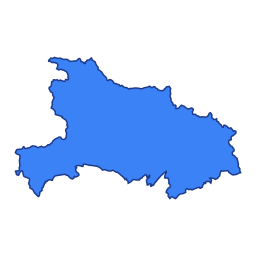 Hubei, Albers equal-area conic projection
{"feature_id": "CHN-1807", "entity_name": "Hubei", "entity_type": "Province", "adm_level": 1, "iso_a3": "CHN", "parent_name": "China", "parent_adm1": "", "projection": "albers", "projection_center": [112.208, 31.166], "detail": "fine", "context": "isolated", "style": "filled", "palette": "blue", "viewbox_px": 256, "rotation_deg": 0, "n_neighbors": 0, "source": "natural_earth", "source_scale": "10m", "svg_char_len": 5764}
<svg xmlns="http://www.w3.org/2000/svg" viewBox="0 0 256 256"><path d="M63.2,139.5L64.8,139.1L65.7,138.1L66.2,136.7L66.6,133.3L65.8,131.0L65.7,129.8L66.2,128.9L67.6,127.6L67.8,127.0L66.8,125.2L67.2,123.3L67.1,122.5L66.0,120.2L62.0,117.5L61.8,117.0L62.1,116.6L61.0,116.1L55.4,114.5L55.2,112.0L54.6,110.7L53.4,109.2L51.3,108.2L51.3,107.4L52.2,105.7L52.2,101.9L54.1,97.5L52.9,95.6L52.5,92.9L50.4,91.6L50.0,90.4L49.2,89.0L49.0,88.0L49.4,87.3L51.2,86.1L51.8,81.6L52.9,81.2L53.5,79.8L54.1,79.7L55.7,80.2L57.2,79.7L58.5,80.8L60.3,80.1L64.3,81.5L65.4,80.7L65.5,79.7L65.8,79.4L67.5,79.8L68.0,79.7L68.5,79.2L68.5,78.5L67.9,77.7L68.2,75.6L67.1,72.6L66.2,71.6L63.7,70.2L62.2,69.9L61.1,69.3L60.2,69.3L59.3,69.9L58.5,69.9L56.6,68.7L57.4,67.4L57.8,65.2L57.7,64.5L57.0,63.4L54.3,62.5L52.0,62.5L50.4,61.5L48.7,61.2L48.6,60.5L50.8,58.1L53.0,58.3L54.6,57.4L57.2,58.3L60.6,58.2L63.0,59.3L67.2,59.4L68.0,59.8L69.2,61.0L70.7,61.4L76.4,60.8L77.0,60.5L78.4,58.8L79.3,58.5L80.1,58.9L80.6,59.9L81.2,61.8L82.7,61.9L84.2,63.3L85.0,63.6L85.2,63.4L84.8,62.9L84.9,62.4L86.5,61.3L87.0,60.3L88.0,60.0L89.6,59.9L90.5,58.5L91.5,58.0L92.2,59.9L95.2,62.0L95.8,63.9L96.6,65.5L98.0,67.2L98.2,67.7L97.9,69.0L98.1,69.5L99.2,70.1L101.8,72.2L103.5,75.0L106.0,77.3L106.5,78.2L107.0,80.1L107.4,80.5L108.0,80.6L109.5,79.6L110.5,79.7L112.5,80.8L113.9,83.1L119.1,84.7L120.3,86.1L121.9,85.4L124.3,87.4L126.6,87.6L128.8,89.1L130.2,88.4L132.5,88.5L133.2,88.2L135.3,88.0L137.5,88.1L141.7,88.8L144.2,87.8L148.2,87.0L148.9,86.4L149.8,86.3L151.7,87.7L152.5,87.5L153.7,86.6L154.7,86.7L155.1,87.0L155.8,88.1L157.5,88.9L158.0,89.9L160.9,90.7L163.7,90.4L164.4,89.0L165.0,88.5L165.5,88.5L165.8,87.6L166.3,87.1L167.4,86.6L168.5,86.6L169.1,86.3L170.7,88.5L170.2,90.7L170.7,94.1L169.9,95.7L170.9,98.7L171.1,101.0L172.7,103.1L173.4,105.4L174.2,105.4L175.0,105.0L175.9,105.6L175.9,108.6L178.0,108.4L178.8,108.0L181.3,105.2L184.5,106.4L185.4,107.4L187.4,108.9L190.0,108.7L191.0,108.0L192.4,108.3L193.0,108.7L193.3,109.5L193.2,110.3L192.4,111.7L192.4,112.6L192.9,114.2L193.4,114.4L195.4,114.3L197.1,115.9L198.5,116.0L199.2,116.8L199.9,117.1L202.3,116.8L205.8,117.1L206.9,116.8L208.0,115.8L209.4,113.1L210.5,112.8L211.9,114.8L211.7,116.8L211.9,117.7L213.9,119.6L215.6,119.4L216.6,118.8L216.8,121.1L218.5,121.9L219.1,123.4L220.9,124.7L222.4,127.2L223.2,127.2L223.9,125.3L224.9,125.2L226.5,126.1L228.9,128.2L229.7,128.3L230.8,127.9L231.3,128.1L232.0,129.4L232.9,130.2L233.2,131.1L234.6,130.8L235.9,131.2L236.0,132.6L235.5,133.5L233.4,135.4L232.0,136.1L231.1,137.1L231.0,138.1L231.3,139.1L231.1,139.8L230.5,140.1L229.4,140.0L228.9,140.4L228.6,142.7L229.3,144.1L230.1,144.9L230.5,145.9L232.0,146.5L233.8,148.9L234.1,149.8L234.0,150.9L232.5,152.2L232.1,153.3L233.0,155.2L234.6,155.8L235.2,157.0L237.0,158.3L238.4,164.1L238.2,166.4L239.8,168.6L239.9,171.0L240.6,172.7L239.6,172.8L236.4,174.4L233.2,174.9L232.2,174.7L228.9,172.4L228.1,170.9L227.7,170.7L222.8,171.1L221.3,170.8L220.0,173.3L219.9,174.8L219.5,176.0L217.4,178.4L215.4,179.4L214.4,178.7L212.6,178.2L209.8,178.1L210.0,178.6L210.7,178.9L211.5,180.4L210.8,183.1L210.3,182.7L209.7,181.5L206.5,181.5L205.9,182.1L205.5,183.5L205.0,183.4L204.3,182.7L204.0,182.7L204.0,183.7L202.8,185.2L202.3,187.1L200.6,188.2L199.9,188.2L199.6,187.4L199.1,187.3L197.1,187.8L192.0,189.9L190.7,189.3L188.5,189.6L187.4,188.7L186.9,188.6L186.3,189.0L185.6,190.0L185.6,192.5L182.9,193.6L180.4,193.9L178.4,195.3L175.7,198.6L174.5,198.2L171.9,196.7L170.8,197.3L170.1,198.4L169.8,198.5L169.4,197.7L168.4,196.8L168.2,195.9L168.2,194.0L168.0,193.5L167.4,193.0L166.4,192.8L166.2,192.5L166.4,191.1L167.0,189.9L168.3,188.1L169.8,187.4L170.5,186.0L169.9,184.6L168.8,183.1L169.0,180.7L168.0,178.2L167.2,177.9L165.1,178.1L164.7,177.7L164.9,175.5L166.3,172.1L166.2,171.4L164.2,172.8L162.1,174.8L161.2,175.4L154.6,183.2L153.4,185.3L152.6,185.5L151.7,184.5L151.4,184.9L151.4,186.1L151.1,186.3L150.6,186.1L150.5,184.1L150.1,183.7L149.4,183.7L147.8,185.1L147.3,185.0L146.5,181.0L146.6,179.9L147.2,179.0L149.3,177.4L149.7,176.1L149.7,175.3L149.5,175.2L147.3,177.9L146.8,176.9L146.6,175.5L145.8,174.6L142.9,176.5L141.9,178.0L140.3,178.5L139.9,179.5L139.4,180.0L136.2,180.0L134.5,179.6L133.1,179.6L130.6,182.0L128.2,183.2L128.1,181.3L126.8,180.2L126.2,178.6L125.0,179.6L123.7,177.5L117.8,172.5L115.8,172.0L112.9,170.2L110.8,171.0L108.0,170.8L104.8,169.6L102.5,170.1L101.5,168.9L98.1,166.5L92.5,165.5L89.4,165.3L85.2,164.2L83.5,164.2L83.1,164.8L83.1,166.0L82.8,166.4L82.3,166.5L80.5,165.8L77.8,165.5L76.5,165.8L75.4,166.8L76.4,167.3L76.7,167.8L75.8,168.7L75.7,170.4L76.4,171.9L77.7,172.7L78.7,173.9L79.0,175.0L78.3,175.7L76.4,176.8L75.8,176.9L74.8,176.4L74.2,176.6L74.0,177.9L72.7,178.8L72.3,179.0L70.1,177.9L67.9,175.5L66.3,175.1L64.8,174.3L55.5,175.8L54.4,176.5L53.0,178.4L52.5,180.2L51.3,180.3L50.6,179.7L50.0,179.6L48.1,180.2L47.3,181.2L46.1,181.2L45.8,182.4L45.2,182.1L44.9,183.3L44.4,183.4L44.1,185.0L43.5,185.4L43.4,187.0L41.9,188.2L42.1,190.4L39.7,192.4L39.7,193.8L39.3,195.6L39.0,196.1L38.1,196.5L34.4,192.7L32.7,189.5L30.0,188.1L29.8,187.4L30.1,186.3L29.0,184.4L28.7,183.4L29.5,180.1L29.4,178.9L28.9,178.3L25.3,177.1L23.8,176.2L23.4,175.2L22.8,172.2L22.4,171.1L21.6,170.7L21.3,170.9L19.5,172.9L18.9,174.8L18.5,175.2L17.4,175.1L16.4,174.4L16.2,173.0L15.4,171.4L15.8,171.0L18.4,170.8L19.2,170.4L19.4,169.7L19.2,167.8L19.9,165.9L19.4,160.4L20.0,157.0L19.9,155.8L19.5,155.0L16.3,153.6L15.4,152.7L16.1,150.7L17.1,149.5L21.6,149.1L22.2,148.7L23.2,147.1L23.7,146.7L24.2,147.0L24.7,148.3L25.7,148.7L28.0,147.9L29.7,147.7L31.4,146.3L32.5,145.9L35.7,146.3L36.3,146.6L37.0,147.3L37.9,147.6L41.3,146.3L42.8,147.1L44.4,147.2L46.1,146.4L48.1,144.7L49.6,144.9L50.5,143.8L52.1,142.7L52.8,141.1L54.8,139.3L58.8,137.2L59.8,137.0L60.5,137.2L61.0,137.6L61.6,138.9L63.2,139.5Z" fill="#3b82f6" stroke="#1e3a8a" stroke-width="1.5"/></svg>